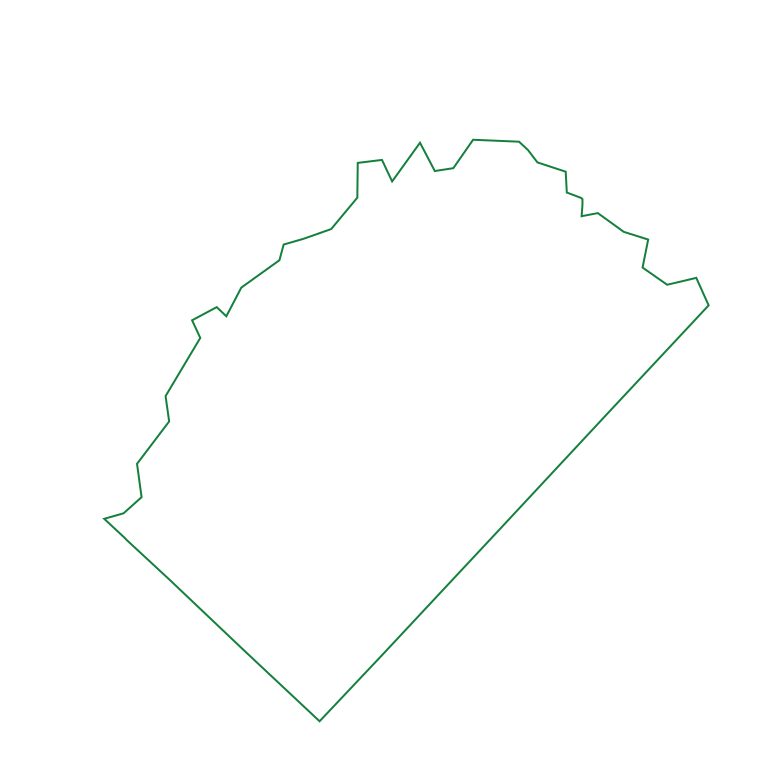 outline of Greene, Pennsylvania, United States of America, rotated 313°
{"feature_id": "52423323B31233062263618", "entity_name": "Greene", "entity_type": "district", "adm_level": 2, "iso_a3": "USA", "parent_name": "United States of America", "parent_adm1": "Pennsylvania", "projection": "albers", "projection_center": [-80.18, 39.871], "detail": "fine", "context": "isolated", "style": "outline", "palette": "green", "viewbox_px": 768, "rotation_deg": 313, "n_neighbors": 0, "source": "geoboundaries", "source_scale": "gbopen_adm2", "svg_char_len": 804}
<svg xmlns="http://www.w3.org/2000/svg" viewBox="0 0 768 768"><g transform="rotate(313 384 384)"><path d="M93.4,566.9L185.9,567.5L291.5,567.6L292.3,567.6L355.9,567.7L512.1,567.6L662.9,567.8L674.6,540.0L649.7,523.4L645.5,493.7L669.8,478.7L658.8,455.6L654.8,423.8L641.5,414.1L649.6,407.6L652.2,405.3L654.5,403.1L654.6,401.5L648.7,387.1L663.2,372.1L650.7,345.1L653.3,329.8L653.3,317.5L623.4,282.6L589.1,287.5L574.4,275.9L585.0,245.8L537.7,251.8L546.5,229.7L527.8,214.0L502.1,237.4L461.3,239.7L435.1,226.0L417.6,215.5L403.2,223.1L357.2,213.9L326.0,222.5L326.1,209.2L299.7,200.2L292.4,218.2L226.2,232.5L210.1,252.4L157.2,257.8L135.9,283.9L111.8,281.7L94.6,271.3L94.6,274.8L94.6,278.1L94.6,299.6L94.4,302.3L94.6,358.8L93.7,462.9L93.6,494.7L93.4,566.9Z" fill="none" stroke="#15803d" stroke-width="2"/></g></svg>